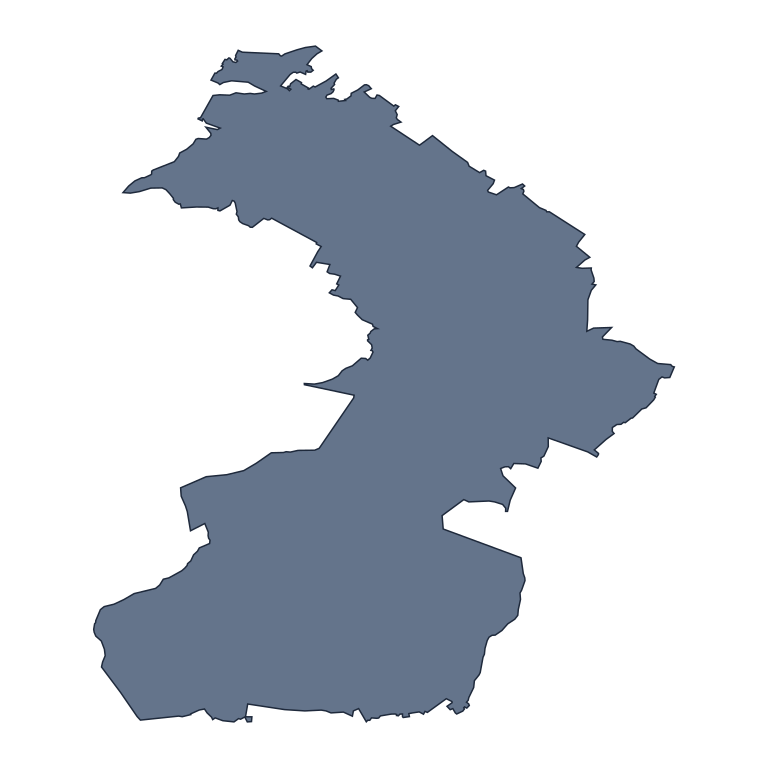 Stangaceaua, Mehedinti, Romania
{"feature_id": "2599482B21772436223412", "entity_name": "Stangaceaua", "entity_type": "district", "adm_level": 2, "iso_a3": "ROU", "parent_name": "Romania", "parent_adm1": "Mehedinti", "projection": "natural_earth1", "projection_center": [23.284, 44.603], "detail": "fine", "context": "isolated", "style": "filled", "palette": "slate", "viewbox_px": 768, "rotation_deg": 0, "n_neighbors": 0, "source": "geoboundaries", "source_scale": "gbopen_adm2", "svg_char_len": 6017}
<svg xmlns="http://www.w3.org/2000/svg" viewBox="0 0 768 768"><path d="M271.3,452.8L256.2,463.3L243.8,470.6L226.8,474.7L206.2,476.7L180.6,487.8L181.2,496.2L185.5,506.0L187.3,511.6L190.5,530.8L204.8,523.5L208.3,532.2L208.1,535.7L208.6,538.2L210.0,540.2L209.6,543.5L199.3,547.9L197.5,551.2L193.6,554.8L190.8,560.9L187.6,563.6L187.1,565.5L184.7,568.2L181.7,570.8L168.8,577.9L163.3,579.2L159.7,585.0L155.6,588.4L134.1,593.6L123.8,599.6L114.0,604.2L104.2,606.6L100.4,609.6L95.8,620.6L95.6,622.7L94.6,623.8L93.7,629.4L94.2,632.3L95.8,636.1L101.3,641.0L104.4,649.2L105.2,655.7L102.6,662.0L101.5,667.0L120.4,692.2L137.1,716.5L140.4,720.1L178.7,716.1L182.2,716.7L190.8,714.6L190.6,713.9L199.3,710.0L204.5,709.0L207.1,712.9L211.5,717.1L212.7,719.6L215.2,717.9L222.8,720.7L234.0,721.9L238.6,718.6L240.6,719.2L244.8,717.0L247.3,721.9L251.5,721.6L251.9,716.8L245.5,716.8L247.7,704.0L284.6,709.6L304.9,710.9L321.2,710.1L326.0,710.9L331.0,712.9L343.4,712.1L352.4,716.2L353.4,710.9L358.6,708.6L366.3,721.8L367.7,720.3L369.8,720.3L371.5,717.9L376.9,718.3L378.7,718.0L380.4,715.9L391.2,714.1L395.2,714.0L396.7,714.5L396.5,715.5L398.3,715.8L400.0,714.1L402.5,714.0L402.5,716.7L403.2,717.5L409.4,716.6L408.8,713.6L412.6,712.9L419.2,711.9L423.5,714.2L425.0,711.4L427.4,712.4L446.3,698.7L451.9,701.5L452.1,702.7L447.0,706.3L450.2,709.7L452.8,708.6L455.3,712.9L456.7,714.0L462.8,711.1L464.4,709.0L463.7,707.8L464.5,706.9L466.8,708.1L469.3,705.5L468.7,703.9L466.5,702.2L468.2,700.3L468.8,697.6L473.7,687.5L474.4,680.7L479.0,675.0L480.2,672.6L483.0,657.3L484.4,654.2L485.0,648.4L487.2,640.6L489.0,637.2L492.0,635.3L495.2,635.1L501.9,630.5L507.7,623.9L514.8,619.2L517.8,615.3L518.3,609.6L520.5,599.4L520.0,593.0L521.6,590.2L525.0,580.6L524.8,577.9L523.3,573.6L521.0,557.8L443.2,529.0L442.1,515.6L463.8,499.6L468.8,501.9L489.0,501.0L494.6,501.9L502.6,504.4L505.7,508.2L505.6,511.4L507.5,511.4L510.2,500.2L515.6,488.0L503.0,475.8L500.6,468.5L505.0,466.8L508.5,466.7L510.7,468.7L513.8,463.5L525.5,463.9L537.9,468.2L541.2,461.4L540.9,458.0L543.9,456.1L548.3,446.6L548.2,437.9L587.7,451.9L596.7,457.0L598.4,454.6L598.5,453.4L594.3,449.9L606.0,439.5L614.1,433.5L612.3,431.4L612.4,427.5L616.9,424.5L621.0,424.3L623.6,422.3L625.3,422.7L631.0,418.2L632.6,418.0L641.8,409.0L646.1,407.8L653.7,399.9L655.3,397.2L654.7,396.5L656.3,394.3L653.8,393.1L658.8,379.4L662.0,376.9L664.6,377.9L669.8,377.5L674.3,366.9L672.3,366.4L670.7,364.6L657.7,363.5L649.8,359.1L636.0,348.9L633.8,346.1L630.2,344.0L620.2,341.3L617.1,341.6L612.0,340.2L602.9,339.3L602.4,337.0L611.6,327.5L593.6,328.1L586.8,331.3L587.6,320.1L587.9,299.8L591.3,290.3L595.8,284.9L592.0,284.1L594.2,281.5L593.9,278.1L591.1,269.9L591.3,268.0L582.1,268.3L576.5,267.4L584.9,260.0L589.8,257.3L576.4,246.3L578.7,242.1L584.8,234.5L549.4,211.8L546.7,211.8L546.0,210.4L539.4,207.6L522.8,193.9L523.9,191.2L523.4,189.5L521.3,188.6L524.7,186.0L522.5,184.0L514.2,187.6L510.0,187.8L508.4,187.0L496.5,194.8L488.3,192.0L487.6,190.4L493.2,183.7L494.5,180.1L486.0,175.7L485.6,171.1L483.7,170.3L479.6,172.6L469.1,166.2L467.6,162.4L452.1,151.3L432.5,135.6L419.5,145.2L390.7,126.2L393.4,124.5L401.0,122.1L397.3,119.4L396.3,117.8L397.2,114.6L395.3,110.8L398.7,106.5L395.4,104.8L393.8,106.1L379.4,95.5L377.0,95.0L375.1,98.4L371.8,98.3L369.7,97.3L364.2,92.0L371.3,88.7L368.7,85.7L366.4,84.7L364.4,84.9L357.7,90.0L351.2,93.3L351.0,95.9L346.8,99.0L344.8,99.4L345.6,100.5L338.4,101.3L338.2,100.1L333.7,98.4L326.8,98.7L325.8,97.1L327.0,95.1L331.1,93.6L333.0,91.9L334.0,89.8L333.8,88.9L331.3,89.5L331.1,88.2L334.6,84.5L334.1,83.1L336.4,79.2L338.4,77.8L335.9,74.0L326.1,81.0L315.1,87.0L313.3,86.1L308.9,89.3L308.0,88.9L308.7,88.2L301.2,83.9L301.5,82.6L296.0,79.5L290.6,83.8L289.8,86.3L288.2,86.2L287.4,87.2L290.9,89.2L289.4,90.7L287.5,88.8L280.6,85.9L290.1,74.5L293.2,72.3L295.7,72.2L296.8,73.1L300.1,72.0L305.6,74.4L306.1,71.1L307.1,70.7L307.8,72.1L310.9,72.1L313.2,70.3L311.6,68.7L311.2,66.6L307.0,64.7L311.8,58.5L317.0,53.8L321.9,50.9L315.5,46.1L305.4,47.5L297.0,49.8L284.9,53.9L281.6,56.1L280.4,55.8L278.7,53.8L242.4,52.2L238.2,50.3L235.6,55.5L236.0,57.0L234.9,58.8L234.9,59.8L237.1,60.2L237.6,61.1L235.9,62.5L232.9,61.8L230.0,58.3L228.9,57.9L226.8,59.8L225.0,59.4L222.3,63.6L223.0,64.2L221.3,66.1L223.1,66.9L222.0,69.5L218.1,71.5L216.5,73.2L214.9,73.1L211.0,80.1L218.0,83.0L219.8,84.6L223.4,82.5L231.6,80.8L248.2,82.2L254.6,86.0L266.2,91.4L261.7,93.1L254.4,94.0L250.2,93.4L244.3,94.0L236.0,92.8L229.7,95.2L219.7,94.8L213.0,95.5L200.5,117.7L198.3,118.1L198.0,118.9L202.2,120.9L202.5,119.1L203.2,118.8L206.3,123.1L220.2,128.1L217.3,129.6L205.9,127.2L210.8,133.3L211.0,135.3L209.3,137.5L206.5,139.1L198.1,138.5L195.9,139.3L193.1,143.9L186.6,149.3L179.7,153.0L178.5,156.4L174.3,161.7L153.2,170.0L151.7,171.1L151.6,174.1L150.8,174.8L144.5,177.7L141.7,177.8L134.9,180.9L128.7,186.0L123.0,192.6L130.4,193.1L139.4,191.6L150.8,188.1L162.2,187.9L166.0,189.7L169.8,193.8L173.4,198.3L173.3,199.6L175.2,202.2L178.8,204.2L180.3,203.9L181.4,207.9L196.3,207.0L208.2,207.1L213.2,208.7L215.8,208.8L217.9,207.9L217.9,210.4L220.0,210.9L230.0,205.2L232.3,200.5L234.1,201.1L235.2,203.0L237.0,211.6L236.3,214.2L238.3,216.8L238.7,219.9L239.9,221.7L242.7,223.6L248.6,225.7L250.2,227.2L252.4,227.3L263.8,218.4L267.7,219.9L269.6,219.7L271.7,218.2L316.7,242.5L316.2,243.9L321.2,246.5L317.8,251.6L310.0,266.0L312.4,267.8L316.5,262.3L329.9,264.5L327.1,271.8L329.6,273.5L334.6,274.2L340.5,276.1L336.7,283.9L338.8,285.0L335.2,290.6L332.0,289.8L329.3,292.8L333.5,295.1L338.1,296.0L343.1,298.6L350.7,299.3L357.5,307.6L355.2,312.4L357.6,315.2L362.2,319.7L372.5,324.2L373.1,326.4L377.4,328.6L374.3,328.8L370.8,331.5L370.1,333.2L367.8,335.2L368.8,339.3L367.6,339.8L367.6,340.8L371.6,344.7L372.2,348.1L370.9,350.4L372.3,350.7L373.0,352.1L370.2,358.0L367.7,360.2L365.7,358.5L361.2,358.2L352.4,365.8L345.9,368.3L342.2,370.7L338.3,375.7L332.4,379.1L322.6,382.6L314.4,384.1L304.3,383.5L304.4,384.7L354.1,395.2L353.7,397.9L319.2,448.3L314.7,450.2L298.0,450.4L290.3,452.1L286.1,451.7L283.6,452.5L271.3,452.8Z" fill="#64748b" stroke="#1e293b" stroke-width="1.5"/></svg>